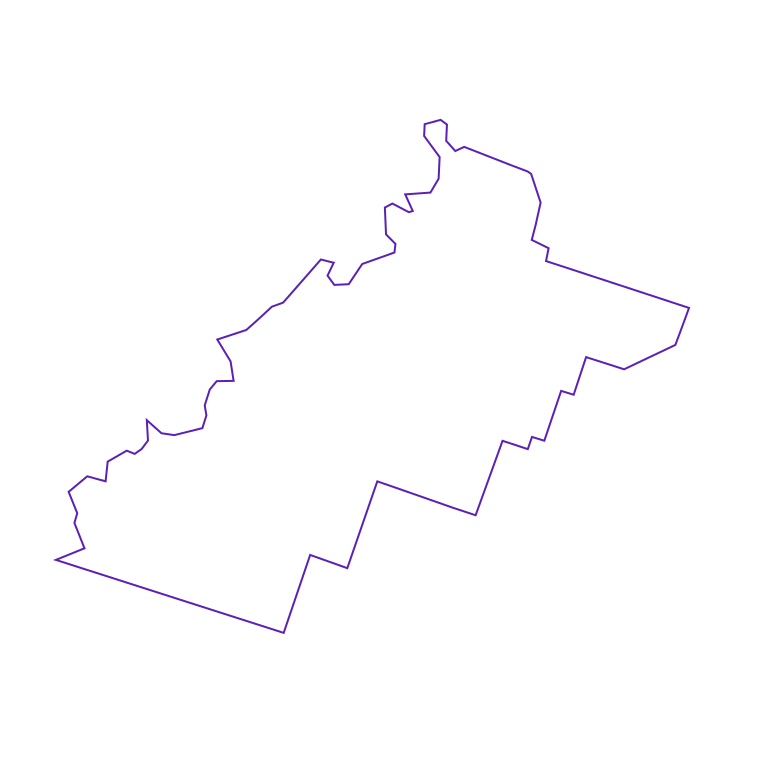 Talladega, Alabama, United States of America (orthographic projection), rotated 18°
{"feature_id": "52423323B97110600833834", "entity_name": "Talladega", "entity_type": "district", "adm_level": 2, "iso_a3": "USA", "parent_name": "United States of America", "parent_adm1": "Alabama", "projection": "orthographic", "projection_center": [-86.194, 33.401], "detail": "fine", "context": "isolated", "style": "outline", "palette": "violet", "viewbox_px": 768, "rotation_deg": 18, "n_neighbors": 0, "source": "geoboundaries", "source_scale": "gbopen_adm2", "svg_char_len": 1113}
<svg xmlns="http://www.w3.org/2000/svg" viewBox="0 0 768 768"><g transform="rotate(18 384 384)"><path d="M607.8,295.8L649.0,256.8L649.6,243.9L650.6,217.4L589.8,217.2L500.1,217.0L498.6,204.0L480.0,201.3L479.1,186.0L476.9,163.1L459.0,138.7L455.0,137.5L436.5,136.6L387.0,133.7L379.8,140.4L368.0,133.5L363.7,117.8L356.2,115.3L342.4,124.3L345.5,135.7L366.8,151.0L372.5,171.9L369.0,187.6L345.6,197.1L357.9,210.6L354.5,212.9L336.2,209.8L330.3,215.9L339.7,241.1L351.6,247.2L353.3,255.7L326.2,276.6L319.6,300.0L306.1,305.1L296.8,298.4L298.7,284.2L285.5,285.1L262.9,337.8L253.5,345.1L243.7,362.6L236.3,375.2L211.7,393.2L231.1,409.9L240.0,427.5L224.0,433.0L220.0,443.1L220.1,459.7L224.8,468.8L224.9,482.1L200.4,497.4L187.6,499.6L169.6,491.7L177.0,510.7L173.6,520.7L168.5,527.5L159.9,526.9L145.2,543.2L149.3,562.6L130.3,563.5L117.4,584.0L132.2,601.7L132.5,611.8L149.9,632.8L126.3,652.7L365.5,651.7L366.6,569.4L406.0,570.5L407.7,478.7L420.8,478.9L488.1,480.4L511.7,480.5L514.3,401.4L540.9,401.5L541.1,388.6L554.0,388.4L554.6,335.8L567.7,335.6L567.9,296.0L607.8,295.8Z" fill="none" stroke="#5b21b6" stroke-width="2"/></g></svg>